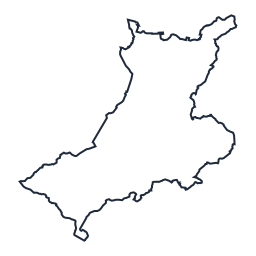 outline of Bratca, Bihor, Romania
{"feature_id": "2599482B94251984599688", "entity_name": "Bratca", "entity_type": "district", "adm_level": 2, "iso_a3": "ROU", "parent_name": "Romania", "parent_adm1": "Bihor", "projection": "robinson", "projection_center": [22.609, 46.899], "detail": "fine", "context": "isolated", "style": "outline", "palette": "slate", "viewbox_px": 256, "rotation_deg": 0, "n_neighbors": 0, "source": "geoboundaries", "source_scale": "gbopen_adm2", "svg_char_len": 5797}
<svg xmlns="http://www.w3.org/2000/svg" viewBox="0 0 256 256"><path d="M84.3,240.6L85.2,240.0L85.5,239.1L86.0,238.8L86.7,237.6L87.2,237.5L87.9,236.2L88.0,235.7L87.3,234.2L87.3,233.8L86.7,232.6L86.0,231.8L84.8,231.3L84.6,230.8L82.7,229.9L81.3,230.8L80.4,230.2L80.0,229.0L86.3,218.0L86.5,216.9L88.4,215.3L89.8,213.0L90.4,212.6L94.4,211.0L97.3,211.0L99.5,210.0L101.0,208.4L103.1,205.4L105.8,203.0L106.0,201.6L105.8,200.7L106.7,199.9L109.1,199.2L110.1,200.0L111.5,200.6L113.1,200.5L115.7,199.8L118.7,199.7L122.1,200.2L124.1,198.4L126.6,197.8L129.4,196.6L129.5,196.3L129.4,194.8L129.9,193.8L130.9,192.9L133.9,192.4L135.6,193.5L136.2,194.3L135.0,196.3L134.8,197.1L135.0,198.1L134.2,198.6L133.6,199.5L134.6,199.8L136.0,201.1L137.2,201.4L140.4,199.4L140.8,198.1L141.4,197.7L140.7,196.0L140.9,195.5L141.6,195.1L143.0,194.9L143.4,195.1L145.0,194.2L146.1,193.0L147.1,192.9L148.8,192.1L149.3,190.4L150.5,190.7L151.4,190.5L151.1,189.0L152.0,187.4L152.0,185.5L152.6,184.2L152.7,182.3L153.2,181.9L157.6,181.7L159.0,181.9L161.2,181.0L161.9,180.9L162.9,180.1L165.2,179.4L169.4,180.9L171.6,182.5L172.6,181.5L172.5,180.8L173.8,180.3L176.8,179.9L178.2,182.7L179.2,182.6L178.9,183.0L179.3,184.4L180.0,184.2L179.8,185.0L180.3,185.3L181.4,187.3L185.1,187.7L185.2,188.6L185.9,188.5L185.9,189.6L187.2,189.3L190.6,186.8L191.4,185.9L193.3,184.9L195.2,182.1L196.2,182.3L197.6,183.3L198.4,183.0L200.6,183.1L201.8,182.6L201.8,181.2L200.2,179.6L198.4,178.9L198.3,178.5L196.6,177.9L196.6,177.6L194.2,177.1L196.3,175.8L196.9,174.4L199.3,171.0L199.4,169.6L204.6,165.4L205.4,164.0L206.6,164.0L207.0,162.5L207.8,162.4L209.6,163.5L210.9,163.6L216.2,162.8L217.9,163.3L218.3,162.7L218.6,159.7L219.1,158.9L220.2,158.4L222.2,158.7L223.9,158.0L230.1,153.1L230.3,152.2L229.6,151.6L229.7,151.3L230.4,151.4L231.0,150.7L231.4,149.8L231.3,149.4L232.6,148.5L232.3,146.4L232.8,145.3L232.7,144.5L233.6,144.0L234.6,144.2L234.1,135.6L233.2,132.9L232.5,132.4L230.8,131.9L227.0,130.0L223.7,125.5L223.7,124.7L222.1,123.4L220.0,122.7L218.6,122.9L215.5,119.6L215.4,119.0L213.7,117.8L211.5,115.7L211.2,114.9L210.5,114.9L210.7,115.8L208.1,116.0L206.8,116.6L204.9,116.6L203.4,116.0L202.7,117.1L201.7,117.3L200.4,118.6L196.4,117.8L195.8,117.5L195.5,117.0L193.6,117.4L193.2,117.6L193.0,118.3L193.2,119.2L192.8,119.5L192.6,119.4L192.0,118.8L190.7,114.6L192.0,110.6L191.9,109.7L192.3,108.7L194.0,107.0L195.0,106.8L194.1,104.8L194.4,103.4L193.7,100.7L193.2,100.0L190.5,97.8L190.7,97.6L190.9,96.2L191.4,95.8L191.4,94.8L192.6,93.5L193.9,93.0L195.1,93.3L195.7,94.3L195.8,94.2L196.3,92.1L196.3,91.0L196.8,89.8L197.5,89.1L197.7,88.5L198.2,88.0L197.5,87.4L197.6,86.4L198.5,85.7L199.3,85.6L200.7,85.0L205.3,81.3L207.8,74.5L208.9,72.9L208.8,71.8L209.3,70.6L209.9,70.1L209.8,69.7L210.0,69.5L212.2,68.3L213.0,67.2L213.2,66.4L213.4,66.4L213.3,66.1L210.9,65.2L213.3,63.2L214.9,61.0L216.5,59.8L216.8,58.8L216.3,57.8L216.3,56.2L215.8,55.0L215.9,54.4L216.2,53.8L216.6,52.0L218.1,50.5L218.4,49.9L218.5,48.1L218.0,46.6L217.0,46.3L217.0,46.0L216.1,45.2L216.0,43.8L215.2,43.3L215.4,42.0L215.1,41.2L215.1,39.8L214.8,39.5L217.3,39.2L217.8,38.8L218.3,37.7L219.9,36.7L221.6,35.1L225.5,33.7L227.3,32.0L227.8,31.9L229.4,30.5L230.6,29.0L231.8,29.0L235.9,27.1L236.3,25.4L235.3,24.5L234.8,23.5L234.7,22.5L234.2,21.4L234.7,19.7L234.3,16.5L231.3,15.4L226.8,17.8L225.8,18.5L225.3,19.3L224.6,19.7L222.4,19.8L218.8,17.2L217.2,17.8L216.6,18.7L216.4,20.5L215.8,21.1L214.3,21.2L211.6,24.1L209.5,25.1L207.4,25.3L207.6,25.6L205.8,25.9L204.4,26.6L203.6,27.2L202.5,28.9L201.0,30.1L200.5,30.8L200.3,32.5L199.7,34.6L201.4,34.7L200.8,37.2L200.0,37.6L199.9,39.2L199.4,39.4L198.8,39.2L198.8,39.5L197.1,40.2L195.1,39.6L194.2,39.6L192.1,40.0L190.7,40.7L188.6,40.1L189.1,38.0L186.7,37.5L185.9,40.1L181.8,39.0L180.6,39.1L179.9,38.8L179.1,37.8L176.1,35.3L173.1,34.3L171.3,34.8L170.2,37.1L167.2,39.7L163.5,40.2L163.3,39.7L161.6,39.1L160.8,38.5L160.3,34.4L163.2,33.9L163.0,32.5L158.6,32.7L158.6,33.6L152.1,33.8L152.0,33.3L146.5,33.3L144.8,32.6L143.8,31.2L142.6,31.3L142.3,31.8L140.8,32.8L136.5,31.7L138.1,27.2L138.0,26.4L137.2,25.1L138.9,25.5L137.4,22.5L135.8,22.2L135.3,21.6L127.9,19.7L129.1,24.9L129.3,27.3L129.6,28.5L130.4,28.5L131.9,30.5L132.3,32.9L133.3,35.2L134.3,36.7L133.1,37.8L133.0,38.2L133.6,39.0L132.7,40.8L132.8,41.5L132.3,43.2L131.5,43.1L130.9,45.1L129.6,46.1L129.6,46.7L128.4,46.8L128.7,47.5L125.5,49.3L124.1,48.9L122.8,47.9L120.6,47.5L121.0,48.7L120.9,49.9L120.2,51.5L120.1,54.3L120.7,55.9L125.9,65.9L128.3,68.4L129.4,69.8L130.2,71.5L132.3,73.7L132.3,74.3L131.4,78.9L127.2,91.7L126.4,91.5L126.4,92.3L125.0,93.7L125.2,94.2L125.9,94.9L124.6,97.2L123.3,100.6L121.9,102.1L117.3,105.0L116.1,106.9L116.7,107.7L113.4,112.0L112.8,112.5L110.7,113.2L109.0,113.1L106.2,115.2L106.9,118.0L92.9,141.7L92.7,142.2L93.6,142.9L95.5,146.4L89.0,148.8L86.6,149.2L79.9,153.3L76.5,155.9L75.6,156.1L74.4,155.8L72.1,154.7L69.7,152.5L67.4,153.4L65.4,153.5L64.0,152.7L63.8,153.0L62.5,153.4L61.3,154.5L60.4,154.8L60.3,156.0L59.8,157.3L59.8,158.0L58.2,158.4L56.6,159.7L56.6,162.6L55.5,163.3L54.0,164.0L53.6,164.4L52.0,164.1L51.2,164.5L48.4,164.9L46.5,164.5L44.0,164.5L43.2,165.0L43.2,165.5L42.5,165.8L42.3,166.5L42.6,166.8L42.4,167.5L40.4,167.7L35.9,172.1L35.5,171.9L34.6,172.4L33.6,173.7L33.5,174.6L30.4,177.8L27.4,178.2L24.9,181.0L23.1,181.2L20.8,181.1L19.7,181.6L23.6,186.6L26.0,188.1L30.4,189.6L34.0,192.8L35.2,192.6L37.4,192.8L39.2,193.8L40.5,193.8L41.2,194.3L43.3,194.0L45.4,194.7L46.2,195.9L46.1,196.9L46.9,197.5L48.8,198.1L48.9,200.8L50.0,202.1L51.5,202.7L51.8,203.1L52.8,203.0L55.6,203.6L56.3,204.2L55.9,204.6L56.1,205.5L57.3,206.4L58.8,208.8L60.4,210.3L60.8,211.5L61.7,212.5L61.6,214.4L63.5,216.9L65.3,217.7L69.6,218.2L71.6,219.3L72.7,219.5L75.3,220.6L75.6,221.5L75.3,223.0L75.3,224.7L76.1,228.1L75.7,229.9L75.1,230.5L75.1,231.5L74.2,233.8L74.4,235.0L84.3,240.6Z" fill="none" stroke="#1e293b" stroke-width="2"/></svg>